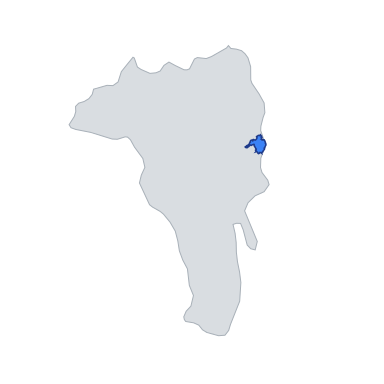 Sosua, Puerto Plata, Dominican Republic (highlighted), rotated 72°
{"feature_id": "3306468B55760825381670", "entity_name": "Sosua", "entity_type": "district", "adm_level": 2, "iso_a3": "DOM", "parent_name": "Dominican Republic", "parent_adm1": "Puerto Plata", "projection": "orthographic", "projection_center": [-70.473, 19.663], "detail": "fine", "context": "in_parent", "style": "filled", "palette": "blue", "viewbox_px": 384, "rotation_deg": 72, "n_neighbors": 0, "source": "geoboundaries", "source_scale": "gbopen_adm2", "svg_char_len": 4672}
<svg xmlns="http://www.w3.org/2000/svg" viewBox="0 0 384 384"><g transform="rotate(72 192 192)"><path d="M63.8,253.8L64.3,239.9L66.4,234.3L64.5,228.3L55.7,222.0L50.3,213.8L45.6,206.5L46.7,205.5L56.3,205.3L59.7,202.6L66.2,195.3L67.5,189.4L67.1,184.9L62.9,179.5L61.3,173.8L66.5,168.9L73.3,161.8L74.3,159.0L74.1,156.3L66.3,148.6L65.8,145.4L69.5,137.2L69.2,131.7L65.7,114.7L64.0,112.1L67.5,110.7L69.8,105.7L72.9,101.2L77.0,98.8L81.7,97.3L90.9,97.5L103.6,101.5L107.2,101.4L119.4,97.9L129.6,95.9L139.1,98.2L143.0,101.3L150.8,106.2L154.8,107.7L167.3,107.5L170.7,108.0L181.1,116.1L190.0,119.3L195.1,119.4L204.2,116.3L208.8,116.4L214.0,123.3L215.1,133.1L219.5,142.0L226.2,147.8L259.2,145.2L266.6,149.8L264.1,153.7L259.5,155.9L243.7,155.0L236.9,155.5L235.5,159.4L235.5,163.0L244.7,163.8L253.7,165.6L262.9,168.4L272.3,170.3L282.8,171.5L293.2,173.5L310.6,180.4L329.8,196.3L335.0,199.9L338.4,204.9L336.9,211.1L330.2,221.3L326.3,224.6L320.7,226.7L316.9,230.9L313.2,238.0L310.9,238.7L308.2,238.4L303.6,234.4L300.2,228.3L290.9,222.6L280.0,223.4L263.7,220.1L253.9,221.8L244.1,222.2L234.1,220.6L224.0,220.0L213.9,222.2L204.2,226.0L200.6,228.3L194.3,234.1L191.0,236.3L167.2,239.2L160.3,235.0L154.0,229.2L144.9,228.4L131.6,232.8L123.3,234.4L119.9,236.3L118.9,238.5L118.8,246.6L117.0,251.5L103.9,270.1L96.6,283.2L93.5,287.2L90.0,288.1L83.7,280.5L79.6,277.7L74.6,276.3L72.5,272.3L72.6,266.6L71.3,261.1L68.3,256.7L63.8,253.8Z" fill="#d9dde1" stroke="#a8b0b8" stroke-width="1"/><path d="M176.5,113.9L176.4,113.9L176.3,113.7L176.2,113.5L176.2,113.4L176.0,113.2L175.9,113.1L175.8,112.9L175.8,112.7L175.7,112.7L175.6,112.4L175.4,112.2L175.0,111.7L174.9,111.6L174.9,111.4L174.7,111.3L174.7,111.2L174.5,110.9L174.3,110.6L174.2,110.4L174.3,110.4L174.1,110.3L173.8,110.0L173.7,109.9L173.5,109.7L173.4,109.6L173.2,109.7L172.8,109.8L172.8,109.7L172.7,109.7L172.4,109.5L172.4,109.4L172.3,109.2L172.2,109.2L172.0,108.8L171.9,108.7L171.7,108.6L171.4,108.5L171.3,108.4L171.2,108.3L171.1,108.2L170.9,108.0L170.9,107.9L170.7,107.7L170.5,107.4L170.4,107.4L170.2,107.3L170.0,107.2L169.9,107.2L169.7,107.1L169.4,107.0L169.3,106.9L169.1,107.0L169.1,106.9L168.8,106.9L168.7,106.9L168.4,106.9L168.2,106.9L168.1,107.0L167.9,107.0L167.8,106.9L167.7,106.9L167.4,106.9L167.2,106.9L166.9,106.9L166.7,106.9L166.3,106.9L166.3,107.0L166.2,107.0L165.9,107.1L165.6,107.1L165.3,107.1L165.2,107.2L164.9,107.2L164.9,107.3L164.7,107.3L164.5,107.5L164.5,107.8L164.5,108.0L164.3,108.1L164.2,108.2L164.2,108.3L164.1,108.6L164.0,108.9L164.3,108.9L164.3,109.1L164.2,109.1L164.2,109.3L163.9,109.4L163.7,109.4L163.5,109.5L163.4,109.6L163.4,109.3L163.1,109.3L162.9,109.3L162.7,109.3L162.4,109.3L162.3,109.2L162.3,109.3L162.2,109.3L161.9,109.4L161.7,109.4L161.6,109.2L161.4,109.0L161.4,108.9L161.2,108.7L160.8,108.6L160.7,108.8L160.6,108.7L160.4,108.6L160.2,108.6L160.1,108.8L159.9,108.9L159.8,109.0L159.7,109.0L159.4,109.0L159.2,109.0L158.9,109.2L158.7,109.3L159.1,109.7L159.3,110.0L159.2,110.4L158.8,110.8L158.7,111.0L158.7,111.4L158.7,111.8L159.0,112.3L159.1,112.5L159.1,113.3L159.2,113.5L159.3,113.6L159.7,113.6L159.8,113.5L160.0,113.3L160.6,113.5L161.0,113.8L161.3,113.9L161.4,114.1L162.2,115.6L162.1,115.8L161.9,116.3L161.4,116.9L161.2,117.0L161.0,117.4L161.0,117.6L161.0,117.8L161.2,118.1L161.4,118.1L161.9,118.2L162.1,118.2L162.2,118.3L162.2,118.5L161.9,118.6L161.5,118.6L161.3,118.7L161.2,118.8L161.1,119.1L161.0,119.3L161.0,119.7L161.1,120.0L161.3,120.4L161.4,120.5L161.6,120.7L161.8,121.0L162.0,121.1L162.4,121.0L162.5,121.0L162.8,121.5L163.0,121.9L163.1,122.1L163.5,122.3L163.8,122.6L164.1,122.7L164.2,122.9L164.3,123.0L164.3,123.6L164.4,123.8L164.7,124.1L164.9,124.5L165.0,124.7L165.2,125.1L165.2,125.3L164.8,125.3L164.8,125.6L165.0,125.8L165.4,125.9L165.5,126.1L165.5,126.6L165.3,127.0L165.4,127.4L165.9,127.5L166.1,127.4L166.4,127.0L166.9,126.1L166.9,125.9L166.9,125.6L166.5,124.8L166.4,124.3L166.4,124.1L165.9,123.2L165.4,122.6L165.3,122.4L165.3,122.0L165.4,121.8L165.9,121.5L165.9,121.4L166.0,121.3L166.0,121.1L165.8,120.7L165.7,118.6L165.8,118.3L165.9,118.2L166.0,118.2L166.3,118.2L166.6,118.4L167.2,118.6L167.3,118.5L167.6,118.3L167.8,118.3L168.1,118.4L168.4,118.2L169.1,118.2L169.3,118.0L170.3,118.0L170.6,117.9L170.8,117.7L171.0,117.6L171.4,117.8L171.6,118.2L171.7,118.5L171.8,118.7L172.1,118.7L172.3,118.7L172.6,118.6L172.7,118.3L172.7,118.2L172.8,118.1L173.0,118.1L173.5,118.9L173.5,118.4L173.6,118.2L173.8,118.1L174.1,117.6L174.3,117.5L174.6,117.3L174.8,117.3L175.4,117.3L175.6,117.3L175.8,117.2L176.1,116.9L176.1,116.7L176.0,116.0L175.9,115.6L175.7,115.4L175.3,115.4L175.3,115.2L175.6,114.7L175.7,114.4L175.8,114.3L175.9,114.2L176.2,114.1L176.5,113.9Z" fill="#3b82f6" stroke="#1e3a8a" stroke-width="1.5"/></g></svg>